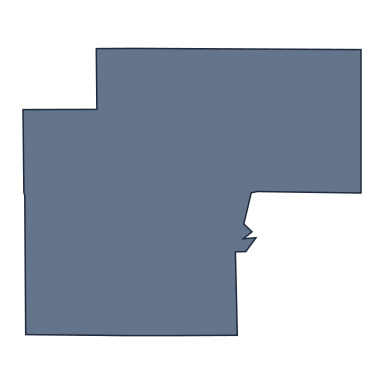 the district of White, Indiana, United States of America
{"feature_id": "52423323B46958637161995", "entity_name": "White", "entity_type": "district", "adm_level": 2, "iso_a3": "USA", "parent_name": "United States of America", "parent_adm1": "Indiana", "projection": "natural_earth1", "projection_center": [-86.852, 40.737], "detail": "fine", "context": "isolated", "style": "filled", "palette": "slate", "viewbox_px": 384, "rotation_deg": 0, "n_neighbors": 0, "source": "geoboundaries", "source_scale": "gbopen_adm2", "svg_char_len": 419}
<svg xmlns="http://www.w3.org/2000/svg" viewBox="0 0 384 384"><path d="M361.0,49.6L133.3,48.4L96.3,48.6L96.4,61.7L96.9,109.4L23.0,109.6L23.9,192.4L24.8,196.0L25.7,334.6L87.2,335.2L100.0,335.3L124.7,335.6L173.5,335.6L237.3,335.3L235.4,251.8L245.8,251.6L256.0,237.7L243.2,238.8L252.0,231.8L243.8,224.0L251.2,192.8L257.4,191.5L310.7,192.3L361.0,193.0L361.0,49.6Z" fill="#64748b" stroke="#1e293b" stroke-width="1.5"/></svg>